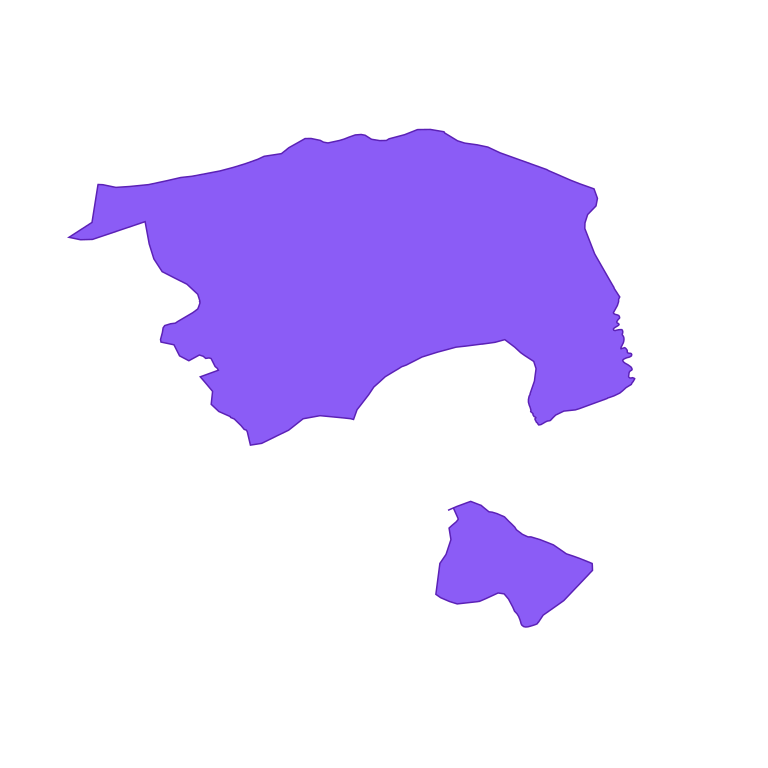 Mudhaykhirah, Ibb, Yemen, rotated 253°
{"feature_id": "15242507B26133929095382", "entity_name": "Mudhaykhirah", "entity_type": "district", "adm_level": 2, "iso_a3": "YEM", "parent_name": "Yemen", "parent_adm1": "Ibb", "projection": "natural_earth1", "projection_center": [43.933, 13.859], "detail": "fine", "context": "isolated", "style": "filled", "palette": "violet", "viewbox_px": 768, "rotation_deg": 253, "n_neighbors": 0, "source": "geoboundaries", "source_scale": "gbopen_adm2", "svg_char_len": 4900}
<svg xmlns="http://www.w3.org/2000/svg" viewBox="0 0 768 768"><g transform="rotate(253 384 384)"><path d="M359.0,344.5L367.3,350.7L370.2,354.9L378.3,366.3L384.1,373.4L387.3,380.4L388.6,383.1L390.6,387.3L393.5,398.8L394.2,401.8L395.4,406.1L395.4,407.2L395.6,410.9L396.0,413.1L396.3,414.7L397.3,420.5L398.6,427.7L398.7,428.3L398.7,428.6L398.7,430.0L398.8,441.1L398.8,444.9L398.4,456.3L398.2,463.2L398.1,464.1L397.7,466.2L396.3,473.5L393.4,490.5L393.3,490.4L391.4,502.3L391.1,512.5L381.0,519.8L374.1,523.8L370.3,526.7L361.8,533.8L354.2,533.9L347.7,530.9L342.8,528.7L332.1,520.9L331.5,520.8L329.9,519.2L327.0,517.6L324.4,516.8L321.2,516.7L319.3,516.9L317.5,516.9L315.8,516.8L314.7,516.2L312.2,517.8L311.2,517.5L310.3,517.6L310.0,517.8L309.2,517.9L308.8,518.1L308.4,518.7L307.6,519.4L307.0,519.1L306.5,518.1L305.6,518.1L304.2,518.4L302.8,518.6L301.7,519.4L300.4,519.6L299.6,520.0L299.3,522.2L299.9,524.9L300.5,527.3L300.8,529.5L300.5,531.3L300.5,532.5L302.5,536.0L304.1,539.1L305.5,548.1L303.3,559.4L303.3,563.4L304.9,593.1L305.2,593.7L305.2,595.2L305.4,600.4L306.4,606.9L307.7,610.1L309.7,614.3L311.3,620.4L312.6,621.6L313.5,623.0L315.7,625.3L316.4,624.9L317.4,623.5L317.5,621.9L318.0,620.8L318.8,620.2L319.7,620.1L321.6,621.0L322.4,621.3L323.0,621.7L323.7,622.1L324.2,622.8L324.6,623.7L324.8,624.9L325.4,625.5L326.1,625.6L327.0,625.5L328.0,625.2L329.0,624.5L330.2,623.6L331.2,622.8L332.3,621.7L333.7,620.4L335.1,619.5L336.1,619.2L336.9,619.2L337.2,619.7L337.6,620.4L337.8,621.3L338.0,622.7L338.1,624.1L338.0,625.6L338.0,627.0L338.3,627.8L338.5,628.8L339.6,629.5L340.2,629.5L340.8,629.3L341.4,628.5L341.7,627.4L342.3,626.5L342.9,626.0L343.6,626.0L344.4,626.3L345.3,626.4L346.4,626.0L347.2,625.7L347.8,625.3L348.4,624.8L348.4,621.0L348.9,620.9L349.6,621.4L350.4,621.9L351.0,622.7L352.1,623.6L353.4,624.9L355.0,625.9L356.7,626.6L358.1,626.9L359.3,626.9L360.1,626.7L360.8,626.4L361.5,626.3L362.2,626.5L362.9,627.1L364.0,627.6L364.9,627.7L365.7,627.7L366.5,627.3L366.9,626.0L367.3,624.3L367.5,621.8L367.5,620.6L368.2,619.5L369.2,619.4L369.8,619.7L370.3,620.8L370.7,622.1L371.0,623.5L371.5,625.2L372.0,626.1L372.7,626.1L373.3,625.9L373.9,625.0L374.9,624.7L375.5,624.8L376.0,625.4L376.7,626.1L377.5,627.3L378.0,628.4L378.7,628.8L379.9,628.8L380.9,628.5L381.4,627.9L382.1,627.0L383.1,625.3L384.4,624.2L385.2,624.3L390.8,630.1L394.1,632.4L396.5,633.2L398.3,634.9L400.3,634.3L408.0,632.1L409.2,632.1L413.4,631.1L428.3,627.7L446.8,623.5L472.5,621.6L474.0,621.5L479.3,623.3L486.5,628.3L492.3,638.8L499.1,642.4L509.2,641.9L518.4,629.5L524.2,622.2L539.9,603.8L541.5,602.3L571.3,562.4L580.2,552.6L585.5,543.0L590.8,531.6L595.1,525.4L603.1,518.3L606.2,515.5L607.7,515.1L613.9,502.7L617.5,490.4L616.4,476.6L617.0,460.5L616.2,457.5L618.0,451.1L621.7,443.6L627.4,438.7L629.3,435.1L630.6,429.3L630.3,422.3L629.9,417.5L629.9,412.8L630.9,400.9L633.0,396.8L635.6,394.3L640.1,386.1L641.8,380.3L640.0,372.2L637.8,362.1L634.3,353.3L634.4,352.4L636.8,335.9L635.8,329.0L635.2,315.4L635.2,303.1L635.7,289.5L638.8,261.1L640.9,250.0L641.9,235.8L643.5,217.2L647.2,198.7L650.4,185.1L656.8,173.4L658.4,168.9L657.9,168.6L623.9,152.0L616.4,125.6L610.7,135.9L607.5,147.5L609.1,203.0L586.5,200.4L570.9,200.5L556.3,204.7L550.4,210.8L547.1,214.2L542.8,218.7L537.1,224.7L524.3,232.1L517.0,232.2L516.7,231.7L515.4,231.8L511.9,229.2L510.2,227.8L508.1,221.9L504.0,204.7L503.2,202.3L504.0,197.6L504.0,191.4L502.3,189.2L498.0,187.1L491.9,183.3L489.3,183.0L482.9,194.6L470.7,196.7L463.3,204.2L465.7,215.9L463.4,219.2L460.6,221.0L460.1,224.3L458.9,226.1L450.1,227.6L447.7,229.2L445.6,229.6L444.6,210.4L436.6,213.9L427.1,217.9L425.4,217.2L415.1,212.8L406.0,218.0L399.4,225.6L397.8,227.5L396.9,227.5L394.3,230.6L386.1,235.1L381.5,237.0L380.2,238.8L378.5,239.3L364.6,238.4L363.0,249.7L365.8,267.0L367.7,279.3L374.4,296.5L372.4,313.6L363.3,335.6L360.6,341.9L359.0,344.5ZM167.7,372.1L163.2,375.6L162.9,375.9L156.8,383.1L152.3,389.7L148.4,410.4L148.4,411.7L148.2,411.8L149.0,418.9L150.8,432.0L148.2,437.5L141.9,440.2L133.1,441.9L128.6,442.4L125.4,444.0L122.4,444.8L118.8,445.1L116.3,445.1L114.7,445.0L113.1,445.3L111.2,446.6L110.2,448.4L109.7,450.7L109.6,453.2L109.6,456.3L109.7,459.0L110.0,460.7L111.0,461.5L111.0,462.0L116.4,468.6L122.0,485.7L124.3,492.6L128.3,499.7L131.3,505.0L133.0,508.0L142.2,524.3L142.9,525.5L143.1,525.8L144.8,528.9L149.6,530.2L151.5,530.6L160.3,519.7L164.2,514.5L168.3,508.7L177.7,501.3L180.6,499.0L184.6,494.0L185.0,493.5L186.5,491.6L186.8,491.2L189.6,487.7L190.5,486.3L191.1,485.5L191.5,484.8L194.8,479.9L195.7,477.0L199.8,472.4L205.9,468.0L208.9,467.2L212.7,465.2L216.2,463.2L221.7,460.4L227.0,454.2L229.8,450.0L231.1,447.0L235.4,444.1L236.0,443.7L239.7,441.3L240.2,440.5L246.4,432.6L246.2,428.1L246.1,426.6L245.6,417.8L245.1,413.6L244.5,408.3L245.2,414.1L233.8,415.5L232.8,415.3L231.1,412.8L228.9,407.7L227.2,404.1L215.6,402.5L202.9,393.5L196.1,385.0L167.7,372.1Z" fill="#8b5cf6" stroke="#5b21b6" stroke-width="1.5"/></g></svg>